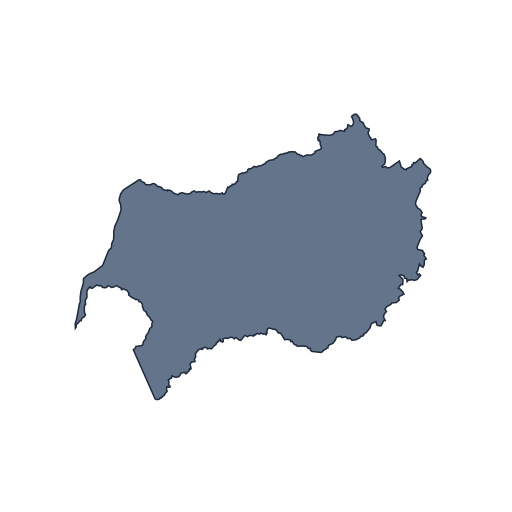 the district of Santa Maria das Barreiras, Pará, Brazil, rotated 156°
{"feature_id": "56859067B47432840261489", "entity_name": "Santa Maria das Barreiras", "entity_type": "district", "adm_level": 2, "iso_a3": "BRA", "parent_name": "Brazil", "parent_adm1": "Pará", "projection": "mercator", "projection_center": [-50.26, -8.642], "detail": "fine", "context": "isolated", "style": "filled", "palette": "slate", "viewbox_px": 512, "rotation_deg": 156, "n_neighbors": 0, "source": "geoboundaries", "source_scale": "gbopen_adm2", "svg_char_len": 6118}
<svg xmlns="http://www.w3.org/2000/svg" viewBox="0 0 512 512"><g transform="rotate(156 256 256)"><path d="M364.6,177.9L363.3,178.8L363.1,179.7L362.3,179.9L361.7,179.1L361.0,179.9L360.2,184.0L359.3,184.7L357.9,185.2L354.6,184.4L354.2,187.0L352.2,188.2L351.1,191.4L346.2,193.8L343.7,193.5L343.6,192.7L342.8,192.6L342.7,193.5L339.7,193.3L338.3,192.3L338.2,190.8L336.5,190.7L334.4,189.3L331.4,190.8L328.6,191.4L327.4,192.8L326.5,192.7L325.8,193.4L324.9,193.1L323.1,194.7L322.6,194.1L323.0,192.4L321.5,190.9L320.7,191.2L319.9,193.6L317.6,193.6L315.5,192.2L312.1,192.1L310.7,191.2L309.4,189.1L308.9,189.7L307.3,189.5L305.7,186.2L304.2,185.1L298.8,187.9L298.1,187.6L296.6,185.7L294.8,186.1L292.6,185.3L291.0,183.9L290.2,184.0L289.9,184.7L288.5,184.1L287.1,184.9L286.3,184.8L285.2,183.5L283.6,183.2L282.9,183.6L281.1,181.6L279.5,181.3L278.9,179.9L277.5,180.9L277.1,181.6L277.5,182.3L275.9,183.5L275.0,185.1L272.8,184.6L270.1,182.1L268.3,181.3L267.2,178.6L267.2,177.1L264.8,175.0L263.8,167.7L262.1,167.5L258.6,165.3L259.2,163.7L257.6,163.3L257.3,160.5L256.6,159.2L255.4,158.3L255.5,157.5L253.7,156.1L251.1,155.5L250.7,154.8L249.0,154.3L246.8,152.9L246.2,152.3L245.9,150.4L243.9,149.5L244.6,148.0L243.9,146.2L235.8,141.4L233.7,141.7L233.1,142.3L229.8,142.5L228.5,143.2L227.8,142.8L225.9,145.0L221.3,144.9L217.7,146.9L215.4,149.2L211.2,148.1L210.8,146.7L210.2,146.3L206.9,145.8L206.0,143.3L203.3,142.3L202.7,140.0L198.8,138.8L194.4,139.1L193.0,140.0L190.9,139.4L190.1,140.4L189.4,140.1L188.7,141.1L186.6,141.1L180.9,144.0L178.8,146.7L177.5,147.3L173.0,147.3L173.7,144.0L172.7,142.7L170.2,141.3L165.5,145.1L164.2,144.4L164.3,148.5L162.6,150.7L159.4,152.2L159.8,154.9L157.3,156.5L152.6,156.9L151.2,157.9L146.7,156.4L143.1,157.4L142.7,159.9L140.6,160.8L136.3,161.0L136.5,163.8L137.8,167.2L139.2,168.6L135.2,171.0L133.6,170.2L131.2,174.9L133.2,179.8L131.4,180.0L129.0,177.8L129.1,175.2L127.5,174.0L128.4,171.2L126.1,172.0L124.7,171.1L123.7,171.3L121.2,169.3L118.5,169.0L113.5,171.2L114.1,173.2L116.0,173.0L116.0,175.9L114.6,176.4L109.9,182.2L109.3,179.3L108.0,177.8L107.2,178.9L106.2,179.1L103.7,183.9L101.6,183.9L102.3,188.3L101.0,189.8L101.5,190.8L101.6,193.3L105.5,196.1L105.6,198.2L99.3,204.4L95.7,206.7L96.1,211.1L95.8,211.8L94.4,212.3L92.8,213.8L90.7,221.7L90.1,222.3L86.1,221.1L85.3,221.9L88.5,224.5L88.5,226.4L86.6,228.0L87.1,231.4L88.9,234.4L89.3,238.3L87.4,241.2L79.5,248.4L78.6,251.1L76.1,251.7L74.9,253.1L71.4,253.7L70.4,255.2L68.1,255.5L67.9,257.4L65.7,259.8L62.7,261.2L61.7,263.0L61.6,264.7L63.6,268.0L65.2,272.3L64.9,274.2L65.5,276.9L66.5,278.3L72.5,276.2L73.4,277.2L74.2,277.1L74.7,276.3L76.5,275.9L76.7,274.9L77.4,274.5L83.0,274.4L83.5,273.6L85.0,274.7L87.2,278.4L86.3,284.5L97.9,282.3L100.3,283.2L101.4,285.2L104.4,285.5L104.2,287.0L100.9,287.8L100.2,288.7L98.0,292.6L97.6,297.0L98.6,298.3L99.4,302.0L101.0,304.2L100.9,306.5L101.8,307.9L99.2,312.8L99.2,314.4L103.3,315.3L103.3,317.8L103.8,318.4L103.6,322.6L103.0,323.7L101.6,324.5L101.0,326.2L103.5,328.3L104.0,330.7L103.9,334.2L106.2,337.4L105.3,339.1L105.9,342.9L106.7,344.7L107.6,345.2L109.2,345.4L111.9,344.7L112.1,339.8L112.9,337.6L114.6,336.1L116.5,335.8L118.6,338.6L120.5,335.9L121.4,335.3L123.6,335.4L124.5,333.9L128.0,336.5L130.7,336.6L133.2,337.5L136.4,335.8L139.5,336.2L147.4,340.5L148.5,341.7L149.3,341.6L149.8,340.0L151.3,339.2L151.7,338.4L151.8,337.7L151.2,337.0L152.2,336.5L150.9,334.5L151.9,332.1L152.2,328.1L153.8,327.3L159.5,327.6L160.2,326.2L161.2,326.0L164.6,325.7L168.3,327.6L172.8,327.7L173.5,329.4L174.6,329.7L175.1,331.1L176.6,332.0L178.0,335.3L182.0,337.2L183.0,337.1L183.5,337.7L186.0,337.5L188.7,338.3L189.3,337.9L192.4,339.0L195.0,338.5L197.3,337.3L199.8,337.3L200.6,336.8L205.2,338.0L208.6,337.6L209.9,336.8L214.9,336.5L217.6,337.3L219.4,337.0L221.3,338.7L224.5,337.9L226.2,338.0L226.7,338.6L228.3,338.2L229.3,336.9L230.2,336.6L232.5,336.6L235.0,337.5L238.7,337.5L240.6,335.0L242.2,331.7L243.2,331.8L246.3,330.3L248.7,331.2L249.2,330.2L251.1,330.4L253.4,329.8L253.8,330.4L258.2,326.1L259.9,325.5L261.4,326.6L261.1,327.3L264.6,327.6L266.2,329.0L269.5,330.2L271.6,332.7L272.3,334.5L275.7,334.3L277.5,336.3L279.1,336.4L281.9,337.9L284.6,338.6L286.1,340.7L289.4,340.5L290.1,339.9L292.6,340.1L294.2,340.9L297.8,343.9L300.3,344.3L302.2,343.7L302.9,344.2L305.8,347.1L307.2,350.4L309.7,352.2L310.3,351.5L311.2,352.7L312.9,353.4L314.6,356.2L314.4,356.9L316.3,359.0L317.7,359.4L318.4,361.9L319.6,363.5L321.1,364.2L323.7,364.0L327.8,366.1L328.3,368.6L330.6,370.8L330.4,372.4L332.0,373.2L350.2,370.3L354.4,367.8L357.7,363.8L358.5,362.3L358.8,357.6L360.7,352.7L367.7,345.2L372.9,340.6L375.9,336.3L379.3,329.1L382.6,326.2L384.9,322.2L387.8,321.3L388.9,320.5L400.0,309.7L410.6,307.3L414.6,307.5L417.8,307.1L422.8,305.5L424.8,301.4L430.4,294.8L433.4,289.8L435.2,285.6L436.8,284.1L445.8,271.0L448.3,268.4L450.4,263.5L449.1,264.3L448.2,266.5L445.8,267.0L443.5,268.4L442.0,268.0L440.4,270.1L437.9,270.2L435.9,271.3L435.6,272.1L435.7,274.2L434.0,278.4L432.2,281.0L431.4,281.0L430.0,285.0L427.2,287.0L424.9,292.5L422.0,294.8L421.1,294.7L420.4,295.4L419.8,294.8L420.0,294.1L418.7,293.1L413.1,294.2L411.7,292.6L410.1,292.3L408.9,289.7L406.6,288.2L404.1,288.4L403.5,289.0L402.3,288.5L400.8,286.0L398.3,285.5L395.5,285.7L394.8,285.2L394.4,284.0L392.2,281.5L392.6,280.6L392.4,279.7L390.8,280.1L387.9,277.0L387.1,273.3L387.9,273.0L388.2,272.1L386.0,268.0L385.3,267.7L383.5,265.0L382.7,264.9L381.5,263.9L381.4,261.8L380.6,261.6L379.7,259.8L379.4,258.0L380.2,256.6L380.6,252.2L379.3,249.9L379.3,246.2L377.9,242.7L378.0,240.4L376.9,238.5L379.0,236.0L379.7,233.9L382.6,232.9L386.2,229.3L388.0,228.6L389.7,227.1L390.1,225.4L393.8,223.5L395.6,220.8L397.6,220.8L402.4,222.2L404.1,220.8L406.2,220.3L406.3,166.4L405.1,165.2L403.3,164.6L402.1,164.6L401.0,165.6L400.1,164.8L398.5,165.7L396.2,166.1L394.9,167.4L392.3,168.4L391.9,170.8L390.4,172.8L389.1,171.5L387.5,171.4L388.0,174.1L386.4,177.1L386.7,177.9L386.3,178.6L384.7,178.6L384.0,179.1L383.1,178.8L381.3,180.7L380.5,179.3L378.6,177.8L377.0,177.4L375.4,177.2L373.0,178.6L372.6,179.4L371.7,179.5L368.6,178.7L368.1,177.0L366.6,177.1L366.3,177.9L364.6,177.9Z" fill="#64748b" stroke="#1e293b" stroke-width="1.5"/></g></svg>